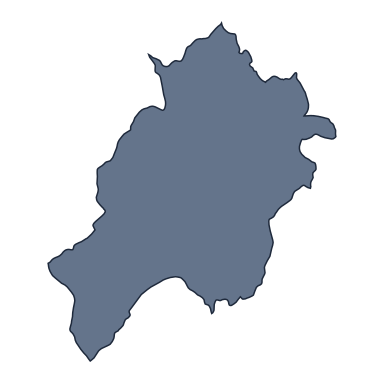 Minh Long, Quảng Ngãi, Vietnam
{"feature_id": "81297802B89663618716792", "entity_name": "Minh Long", "entity_type": "district", "adm_level": 2, "iso_a3": "VNM", "parent_name": "Vietnam", "parent_adm1": "Quảng Ngãi", "projection": "natural_earth1", "projection_center": [108.678, 14.947], "detail": "fine", "context": "isolated", "style": "filled", "palette": "slate", "viewbox_px": 384, "rotation_deg": 0, "n_neighbors": 0, "source": "geoboundaries", "source_scale": "gbopen_adm2", "svg_char_len": 5875}
<svg xmlns="http://www.w3.org/2000/svg" viewBox="0 0 384 384"><path d="M253.4,295.1L254.8,291.2L256.4,287.3L258.2,285.7L260.4,284.8L261.6,283.7L262.0,282.2L262.0,280.4L262.2,278.9L264.7,273.9L265.0,272.7L264.4,267.6L264.6,266.6L265.0,265.4L267.3,260.7L269.9,256.3L271.7,248.4L272.6,245.4L273.1,242.7L273.0,241.6L272.6,239.6L270.2,230.8L269.0,224.8L268.8,221.2L269.0,220.0L269.4,219.2L271.7,218.0L273.5,216.8L274.6,215.3L275.4,213.4L276.0,212.8L278.3,209.4L280.2,207.5L281.6,206.3L287.2,202.5L289.9,200.5L291.0,199.5L291.8,198.3L293.3,193.7L294.4,191.8L295.2,191.0L299.4,188.4L301.1,186.7L302.8,185.5L303.7,185.3L304.5,185.5L306.1,186.6L307.9,187.6L310.4,188.3L310.8,186.6L310.6,185.3L310.6,183.7L310.8,182.4L311.2,181.2L312.3,179.3L313.1,177.6L312.7,174.5L313.0,172.7L314.1,171.5L315.3,170.4L315.9,169.5L316.0,168.7L315.9,166.5L315.6,164.6L315.0,163.1L313.7,162.4L312.2,162.0L311.3,161.4L308.6,159.3L305.1,157.5L301.8,154.3L300.1,151.7L299.6,149.9L299.4,148.3L299.5,146.2L300.6,142.4L301.5,140.2L302.2,139.3L303.9,139.5L306.1,139.3L309.3,138.1L311.6,137.0L313.5,135.2L315.2,134.2L316.8,134.3L318.3,134.9L320.8,136.3L324.9,137.7L331.6,139.0L333.2,138.8L334.6,137.9L335.6,137.0L335.9,136.3L335.7,135.8L335.5,133.9L335.6,130.8L335.5,129.9L334.4,127.6L333.9,125.8L333.0,124.1L332.2,123.4L331.3,122.9L330.1,121.7L329.0,119.5L328.4,119.0L327.9,118.7L325.0,118.0L323.3,117.5L318.4,116.4L313.5,115.7L310.4,115.6L306.4,115.9L304.1,115.9L304.6,115.1L306.0,113.4L307.1,111.8L308.0,109.5L308.4,107.6L308.5,105.3L308.5,104.5L308.3,103.4L307.2,99.0L306.0,95.3L305.6,93.7L304.9,91.8L304.4,91.2L300.6,84.0L300.0,82.9L297.2,79.4L296.7,78.3L296.5,77.8L296.7,74.0L296.6,73.5L296.1,72.8L295.6,72.8L295.1,73.0L294.8,73.3L294.2,74.0L291.3,77.7L289.8,79.0L288.6,79.2L286.8,78.8L285.4,78.8L283.5,79.7L282.4,79.2L282.1,79.3L280.8,79.3L279.0,78.4L277.1,77.1L275.2,76.4L274.2,76.3L273.3,76.4L272.5,76.7L271.8,77.1L269.1,79.4L266.5,81.1L265.8,81.8L265.6,82.3L262.4,80.6L260.3,78.7L258.5,76.3L257.2,74.4L256.6,72.4L256.1,71.5L254.1,71.0L253.3,69.2L252.7,67.9L250.6,66.4L249.9,65.7L249.5,64.5L249.7,63.7L250.4,62.8L251.4,62.2L251.8,61.6L251.9,61.1L251.7,59.8L250.8,56.8L248.4,52.3L246.8,50.8L245.9,50.3L245.4,50.3L244.3,50.8L243.1,52.1L242.9,53.0L242.1,53.6L240.8,53.5L239.9,53.3L239.0,52.5L239.0,52.0L239.3,51.5L239.5,50.4L239.6,49.4L239.4,48.4L238.8,46.6L237.1,43.3L236.2,39.2L236.0,36.2L235.5,34.8L234.8,34.0L230.5,33.5L228.3,32.7L226.2,31.1L223.6,28.5L222.1,25.5L221.5,23.0L220.6,24.5L218.2,26.3L215.9,28.5L210.9,34.2L209.0,37.0L207.9,37.8L205.5,38.5L203.2,38.6L201.8,38.9L199.9,38.8L198.1,39.1L196.5,39.6L195.2,40.5L194.1,41.6L193.0,42.7L190.6,45.4L189.6,46.0L188.4,46.5L187.7,47.0L187.1,47.6L186.5,48.6L185.7,50.8L185.1,53.1L183.5,57.3L182.5,59.4L181.2,60.9L180.1,61.3L179.0,61.3L176.0,60.7L174.7,60.9L172.3,62.4L171.1,63.5L169.1,65.7L167.8,66.4L166.4,66.6L164.8,66.4L163.4,65.9L162.3,65.0L161.9,64.4L160.3,61.3L159.3,60.3L156.0,58.7L152.7,57.6L150.7,55.8L148.7,54.6L149.7,57.3L152.4,60.8L154.4,63.6L155.1,64.9L155.3,65.9L155.2,67.5L155.1,69.7L155.1,70.9L155.4,71.9L156.0,72.6L157.3,73.4L159.1,74.8L160.0,76.2L160.5,77.4L162.3,86.5L163.7,94.6L164.8,98.5L165.5,101.6L165.6,103.5L165.5,105.2L164.9,107.8L164.1,109.5L163.3,110.1L162.5,110.3L160.8,109.6L155.3,106.9L153.7,106.4L152.2,106.2L150.0,106.6L147.2,108.0L144.1,108.8L142.0,109.8L139.3,112.2L134.8,117.9L133.5,121.6L131.2,125.4L130.7,126.7L130.6,129.8L130.1,130.3L128.3,131.4L127.1,132.1L124.0,134.1L122.3,136.1L119.5,139.6L118.2,141.9L117.5,144.0L117.1,146.2L116.5,148.4L114.3,153.8L113.3,156.4L112.8,157.6L110.6,160.4L109.8,161.0L106.5,161.9L105.4,162.5L104.0,164.0L102.1,165.7L100.0,167.0L98.2,168.3L97.6,169.0L97.3,169.7L97.2,171.2L97.2,173.2L97.4,176.5L97.0,183.8L97.9,187.3L98.3,189.2L98.1,191.1L97.8,192.5L96.3,197.3L96.6,199.4L97.0,200.8L97.7,201.9L99.8,204.6L102.5,207.5L103.4,208.3L103.8,209.1L104.7,209.9L105.2,211.0L105.2,211.9L104.1,213.8L101.8,216.1L95.5,221.6L93.8,223.4L93.4,224.2L93.0,225.1L93.1,225.9L95.0,229.9L91.6,234.1L87.1,238.3L86.1,238.7L81.4,241.7L78.9,242.7L75.6,244.3L74.4,245.3L73.9,246.1L73.4,248.3L72.8,249.6L72.1,249.8L71.1,249.8L68.9,249.4L67.5,249.5L66.0,249.9L64.8,250.6L63.3,251.9L61.7,254.0L59.9,255.6L58.1,256.6L55.5,257.6L53.5,258.6L52.2,259.6L49.9,262.3L48.1,263.3L48.4,264.9L48.6,266.7L49.0,268.5L50.0,271.2L51.4,273.7L52.6,275.6L55.4,278.1L60.6,282.4L61.5,283.2L62.7,283.8L65.1,285.1L67.2,286.9L71.5,292.2L73.6,295.3L74.5,298.1L74.8,300.7L74.4,303.3L73.5,307.6L72.7,312.8L72.5,316.7L71.6,321.1L71.4,323.2L70.4,326.7L69.9,328.9L70.0,330.1L70.6,331.4L71.8,332.5L73.1,334.0L74.6,336.8L75.3,340.2L76.3,342.6L80.8,349.3L83.8,353.0L86.5,355.8L88.6,358.9L90.2,361.0L91.3,360.2L94.0,357.9L98.5,351.0L99.4,350.1L101.5,348.5L108.7,345.1L110.2,344.2L112.2,341.6L113.3,339.5L113.8,338.3L114.1,336.9L114.4,334.1L114.7,333.1L115.1,332.6L116.3,331.8L118.2,330.8L118.9,329.6L120.4,328.4L122.7,325.9L123.3,325.0L124.0,322.7L125.3,319.7L126.5,318.7L127.3,318.3L128.3,317.7L129.8,315.9L130.0,315.3L130.1,315.0L130.0,314.3L129.5,313.1L129.1,311.9L129.2,311.2L129.4,310.5L131.7,307.5L141.3,294.5L147.2,289.7L150.9,287.0L159.3,282.4L163.2,280.0L165.8,278.9L170.3,277.5L175.6,276.7L178.2,277.1L180.5,277.6L181.5,278.2L183.1,279.7L185.0,281.7L186.3,284.1L187.5,286.5L188.4,288.0L190.2,289.6L192.4,290.7L194.8,292.3L197.6,294.9L200.1,296.1L202.4,297.7L204.0,299.6L204.5,302.1L205.2,304.0L208.3,305.1L209.3,306.1L210.5,308.6L211.2,312.0L211.7,313.5L212.7,312.8L213.5,311.5L214.0,310.2L214.2,305.4L214.3,304.2L215.1,301.9L215.9,300.3L216.5,300.0L217.6,300.0L219.9,300.6L220.6,300.5L221.6,300.0L222.5,299.6L225.0,299.2L226.5,299.5L227.5,300.1L228.0,300.9L228.5,302.0L228.8,303.7L229.2,304.9L229.6,305.2L230.2,305.5L231.5,305.4L233.9,303.9L236.1,302.2L238.4,299.1L240.4,296.8L242.4,299.0L243.1,299.1L244.2,299.0L245.5,298.8L247.0,298.1L249.1,297.4L251.9,296.1L253.4,295.1Z" fill="#64748b" stroke="#1e293b" stroke-width="1.5"/></svg>